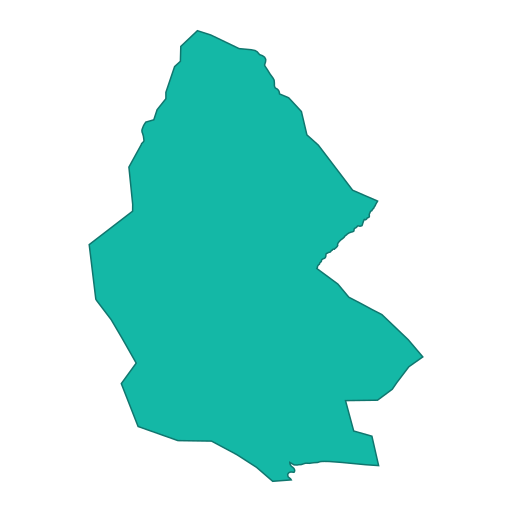 outline of Zag, Bayanhongor, Mongolia
{"feature_id": "93677404B97926170794637", "entity_name": "Zag", "entity_type": "district", "adm_level": 2, "iso_a3": "MNG", "parent_name": "Mongolia", "parent_adm1": "Bayanhongor", "projection": "albers", "projection_center": [99.297, 46.924], "detail": "fine", "context": "isolated", "style": "filled", "palette": "teal", "viewbox_px": 512, "rotation_deg": 0, "n_neighbors": 0, "source": "geoboundaries", "source_scale": "gbopen_adm2", "svg_char_len": 3226}
<svg xmlns="http://www.w3.org/2000/svg" viewBox="0 0 512 512"><path d="M341.4,462.4L365.5,464.7L378.6,465.6L371.9,436.2L353.7,431.0L345.5,400.6L377.5,400.2L392.3,389.2L396.9,382.5L408.9,366.7L422.8,356.9L408.3,339.8L381.9,314.6L372.0,309.5L360.9,303.5L348.8,297.2L337.9,284.1L316.8,268.5L317.4,267.5L317.4,266.7L317.5,266.3L317.9,265.8L318.1,265.3L318.7,264.7L319.4,264.2L319.7,263.3L319.9,262.8L320.1,262.5L320.7,262.1L321.1,261.7L321.4,261.2L321.6,260.0L322.0,259.5L322.6,259.1L323.4,258.7L324.5,258.3L325.3,257.6L325.5,257.1L325.7,256.7L325.8,256.0L325.9,255.1L326.0,254.1L326.4,253.6L326.9,253.3L327.7,253.0L328.0,252.7L328.5,252.5L329.0,252.3L329.8,252.2L330.2,252.0L330.6,251.7L330.9,251.2L331.5,250.5L332.1,250.3L332.5,249.7L333.0,249.3L333.6,249.1L334.4,249.2L334.8,248.7L335.5,248.1L336.3,247.5L337.2,246.4L337.7,245.6L337.6,245.0L337.6,244.3L337.7,243.7L338.5,242.4L339.1,241.7L340.0,240.7L341.2,239.6L342.4,238.8L343.3,238.0L344.1,237.3L344.8,236.2L345.4,235.6L346.5,234.9L347.2,234.1L348.9,233.0L350.4,232.4L351.2,232.1L352.2,231.9L353.2,231.5L353.8,231.1L354.0,230.3L354.1,229.3L354.4,228.7L354.7,228.3L355.4,228.0L355.8,227.8L356.2,227.5L356.7,227.1L357.1,226.5L357.7,226.0L358.1,225.8L358.6,225.9L359.3,226.1L359.9,226.2L360.6,226.1L361.3,225.9L362.0,225.6L362.2,225.1L362.4,224.6L362.7,223.6L362.9,222.8L363.2,222.1L363.4,221.3L363.8,220.7L364.0,219.9L364.2,219.5L364.5,219.4L365.1,219.7L365.5,219.8L366.0,219.5L366.6,219.0L366.9,218.5L367.3,218.0L367.8,217.7L368.3,217.6L368.6,217.4L369.1,217.1L369.3,216.6L369.4,216.1L369.3,215.5L369.2,214.4L369.6,213.5L370.0,212.6L370.2,211.9L370.6,211.5L370.9,211.2L371.5,210.7L371.9,210.6L372.1,210.1L372.6,209.3L373.1,208.8L373.7,208.3L374.0,207.4L374.4,206.8L374.7,206.3L375.2,205.7L375.4,205.2L375.6,204.5L376.2,203.6L376.5,202.9L376.8,202.4L377.1,202.1L377.4,201.5L377.6,201.1L377.2,200.9L363.8,195.1L352.6,190.2L342.6,177.0L318.3,145.1L306.9,134.9L301.4,111.5L288.7,97.8L279.5,93.9L279.3,92.2L278.8,90.9L278.3,90.1L276.9,88.8L275.4,88.1L274.8,87.1L274.4,85.8L274.4,83.5L274.3,82.0L274.1,80.1L273.1,78.2L269.9,73.8L267.5,69.9L264.9,66.0L264.6,65.0L265.0,63.5L265.5,62.0L265.7,60.4L265.7,59.3L264.6,57.2L262.5,55.7L259.6,54.6L257.2,51.8L255.0,50.5L251.0,49.7L239.1,48.6L210.8,35.0L197.4,30.7L180.8,46.4L180.4,61.3L174.6,66.6L165.9,92.3L165.9,98.7L157.1,109.7L153.8,119.8L145.8,122.1L144.2,124.5L143.4,126.0L142.7,127.8L142.1,129.4L141.9,130.7L142.1,132.2L142.6,133.4L143.4,136.2L143.8,139.2L144.0,140.6L143.6,141.6L142.6,142.6L141.6,143.6L141.2,144.8L140.3,146.4L128.9,167.1L132.7,204.4L132.6,211.2L89.2,244.6L95.8,299.1L96.6,300.5L111.2,319.7L122.3,338.6L136.2,363.1L121.3,383.6L138.1,426.5L177.9,440.6L211.5,441.1L236.9,454.7L256.5,467.3L272.7,481.3L291.2,479.9L290.7,479.0L289.8,478.2L289.1,477.7L288.1,476.8L287.8,475.5L287.7,474.3L288.6,472.9L289.6,472.3L290.9,472.0L292.4,472.1L293.5,472.3L294.1,472.2L294.5,471.5L294.7,470.5L294.5,469.6L293.9,468.4L292.7,467.3L291.2,466.1L290.2,464.5L289.8,463.0L289.8,462.4L294.1,464.9L297.3,465.0L298.6,464.7L301.2,464.6L303.9,463.7L305.2,463.3L306.5,463.2L309.5,463.3L311.5,463.0L313.8,462.7L317.5,462.5L320.0,461.7L321.4,461.5L324.3,461.4L329.3,461.5L341.4,462.4Z" fill="#14b8a6" stroke="#0f766e" stroke-width="1.5"/></svg>